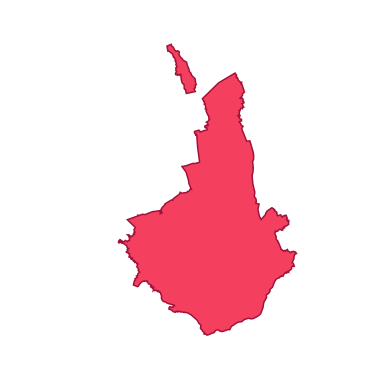 Karanganyar, Jawa Tengah, Indonesia (Mercator projection), rotated 62°
{"feature_id": "22746128B38192287274107", "entity_name": "Karanganyar", "entity_type": "district", "adm_level": 2, "iso_a3": "IDN", "parent_name": "Indonesia", "parent_adm1": "Jawa Tengah", "projection": "mercator", "projection_center": [110.98, -7.62], "detail": "fine", "context": "isolated", "style": "filled", "palette": "rose", "viewbox_px": 384, "rotation_deg": 62, "n_neighbors": 0, "source": "geoboundaries", "source_scale": "gbopen_adm2", "svg_char_len": 6068}
<svg xmlns="http://www.w3.org/2000/svg" viewBox="0 0 384 384"><g transform="rotate(62 192 192)"><path d="M108.1,117.2L114.5,139.0L117.8,139.1L118.0,138.5L120.2,139.9L120.3,139.1L124.2,140.4L124.8,141.3L126.1,140.4L127.1,141.6L131.9,141.9L132.6,141.5L135.9,143.0L136.2,142.6L136.9,143.8L137.1,146.5L137.8,146.0L140.7,146.3L140.5,147.4L139.8,147.5L139.8,149.7L141.1,150.2L141.4,149.4L142.2,149.5L142.3,148.8L143.9,149.2L144.3,149.8L143.3,152.8L143.3,155.3L142.6,156.6L141.4,156.4L140.5,157.3L139.7,161.4L140.1,161.7L141.1,162.0L141.7,161.5L142.0,161.9L142.5,161.3L143.6,162.0L144.0,161.1L154.8,165.9L169.3,171.3L168.4,175.4L167.1,178.0L166.1,184.5L165.1,188.3L164.9,188.8L164.0,189.0L171.7,187.9L179.6,189.5L183.3,190.8L189.3,191.3L188.5,192.0L189.9,194.3L190.0,195.0L189.4,195.6L189.9,196.5L189.7,197.7L188.1,201.8L186.7,202.5L188.1,204.5L189.1,211.6L190.2,212.8L189.5,213.2L189.4,215.0L189.8,221.4L190.4,221.6L191.6,225.4L193.0,227.7L196.0,228.1L196.6,228.8L196.3,229.3L197.1,229.7L195.9,229.6L195.9,228.8L195.4,229.1L195.6,229.8L194.4,228.9L194.0,229.6L193.7,229.6L193.4,229.1L190.8,236.2L189.9,244.0L188.4,246.2L186.1,262.1L196.6,258.7L197.0,258.8L197.9,260.9L199.6,261.0L200.0,261.8L200.8,261.4L201.2,263.0L202.2,262.7L202.2,264.3L203.1,265.0L202.9,266.4L202.2,266.6L202.6,267.2L200.1,267.9L199.6,269.0L200.5,268.6L204.0,268.9L204.1,269.5L205.4,269.9L205.0,272.2L205.4,272.6L203.6,273.4L203.8,276.1L200.2,277.9L200.8,279.6L201.9,280.6L202.2,280.5L201.6,280.2L202.0,279.8L201.6,279.2L202.2,278.5L202.8,279.2L203.2,278.1L204.5,277.9L204.6,277.0L208.7,274.9L210.5,275.3L212.2,274.6L212.2,276.1L213.6,276.1L213.9,278.1L214.7,278.1L214.9,277.5L215.9,277.1L215.9,276.6L216.9,276.8L217.6,276.2L218.6,277.2L219.4,277.0L219.5,278.0L219.9,278.2L220.6,277.1L222.0,277.3L221.8,276.5L222.5,276.7L222.6,275.9L223.4,276.8L225.3,275.3L225.7,276.0L226.2,275.3L227.0,275.6L226.9,274.9L227.7,275.0L229.1,273.8L229.5,274.4L230.2,273.6L232.0,275.8L234.5,275.5L236.0,275.8L236.2,276.4L238.2,275.8L238.6,277.9L240.1,279.3L240.1,280.6L241.8,280.6L241.8,283.1L243.1,283.2L243.4,284.6L246.6,287.4L250.0,284.5L250.0,283.5L248.5,281.2L247.8,278.2L248.0,276.1L248.5,276.0L249.3,273.5L250.2,273.9L250.4,273.4L252.6,273.6L254.6,271.9L255.6,272.6L255.4,271.7L256.1,271.6L256.7,272.3L257.2,271.1L257.7,271.8L258.3,271.3L258.1,272.2L259.9,271.6L260.8,272.4L260.6,271.5L261.4,271.5L262.2,269.2L263.1,269.4L263.5,268.3L264.1,268.7L264.5,267.7L265.1,267.9L265.7,267.0L267.6,267.6L269.1,267.5L271.4,268.9L274.2,269.1L275.9,268.1L276.7,266.9L278.8,265.9L283.7,260.7L284.2,260.9L284.0,262.2L284.8,263.2L282.8,265.5L283.6,266.8L284.8,267.3L285.4,266.2L289.0,264.6L290.0,263.6L290.5,262.9L289.9,262.1L290.1,261.3L291.3,260.9L291.2,259.3L292.8,258.3L292.9,257.4L294.5,255.7L294.5,254.9L295.3,254.6L296.2,252.9L300.0,250.5L307.6,247.6L311.6,247.5L313.7,246.6L316.6,248.6L318.6,247.9L320.0,248.0L322.0,247.0L322.8,248.1L323.6,247.4L323.9,246.4L325.3,246.1L325.8,244.5L326.2,239.5L326.6,238.9L325.4,236.1L325.4,234.9L326.0,233.6L328.2,232.5L329.5,230.7L330.4,224.9L331.3,223.3L329.2,220.5L328.6,214.3L328.7,212.0L329.8,209.1L329.2,205.4L330.0,201.4L331.8,199.3L332.5,197.4L332.6,192.5L331.8,188.6L327.5,183.7L323.1,180.3L320.2,175.7L317.8,174.8L317.5,172.2L316.6,170.2L316.1,169.6L314.6,169.0L313.9,165.8L310.0,161.2L308.6,158.8L308.4,156.6L308.8,155.5L308.0,154.0L308.4,153.9L308.5,152.7L308.1,152.0L309.1,151.2L308.2,150.2L306.9,147.3L307.8,147.0L308.0,146.2L307.2,145.6L307.8,144.9L307.2,145.1L307.1,144.3L307.5,144.0L307.0,141.7L306.5,140.2L305.4,139.5L304.6,138.2L304.7,137.0L305.4,137.2L305.7,136.6L304.0,136.2L301.6,136.3L301.5,136.6L300.9,136.1L298.7,133.2L297.6,132.8L295.2,130.4L295.4,128.7L294.2,129.0L293.9,128.7L292.2,130.0L291.5,132.2L291.8,133.4L289.6,134.5L289.2,135.1L287.6,134.7L287.6,136.4L288.2,137.3L287.2,137.5L286.9,139.2L285.7,139.4L284.5,140.4L284.1,140.0L276.9,139.3L276.1,139.6L275.8,139.2L272.9,139.9L271.3,138.7L267.2,138.3L266.6,136.9L265.7,136.7L266.8,134.9L266.0,132.1L266.5,131.4L267.6,131.1L267.4,130.2L268.1,129.9L267.5,129.5L267.4,128.9L266.5,128.8L267.1,127.0L265.8,126.9L266.3,124.5L265.9,121.7L264.1,121.1L263.4,120.2L262.8,120.8L262.3,120.2L261.9,121.5L260.3,121.0L260.3,120.4L257.1,119.8L256.5,120.1L256.7,120.6L256.1,121.5L256.4,122.1L255.9,123.1L256.5,123.8L255.8,124.5L253.8,124.4L253.4,126.5L253.0,126.9L253.1,127.6L251.1,127.5L250.3,126.7L248.9,126.9L248.0,127.3L248.0,127.8L246.3,127.9L246.2,127.4L243.4,128.8L244.0,134.3L245.2,136.7L246.6,138.0L248.7,144.0L245.0,143.8L238.5,142.1L234.1,138.4L232.3,140.8L231.0,140.5L231.0,139.9L230.3,139.5L227.9,138.7L225.4,139.2L221.6,136.6L213.5,134.5L205.9,131.3L202.8,128.7L199.3,126.5L193.6,124.2L192.1,122.3L188.5,120.3L185.1,119.2L174.1,116.9L172.7,119.9L159.4,118.4L157.9,116.1L156.0,117.3L154.6,116.8L152.3,117.5L152.0,116.9L152.5,114.9L151.1,114.2L150.3,115.1L148.4,115.4L147.6,114.2L147.1,115.5L146.0,115.6L146.1,113.7L144.6,113.4L143.1,112.0L142.3,112.2L142.4,110.9L141.2,110.1L141.1,109.3L142.1,108.4L141.2,107.5L141.3,106.4L140.1,106.9L139.2,106.3L137.5,106.5L137.7,104.4L136.5,103.8L135.2,104.6L134.7,103.6L134.0,103.3L132.1,103.9L132.3,105.3L131.9,105.6L130.5,102.1L129.1,101.4L128.4,98.8L120.6,97.4L119.4,98.0L119.2,97.1L118.4,96.6L117.9,97.6L115.2,98.6L112.3,98.2L111.8,99.0L111.1,98.5L110.3,98.8L109.8,97.8L108.2,98.0L107.8,98.7L107.2,98.4L108.1,117.2ZM51.4,145.6L56.3,147.2L56.9,146.2L61.3,144.4L64.4,145.1L64.7,144.5L67.9,144.5L68.3,144.6L68.2,145.2L71.2,145.5L71.9,146.4L74.6,146.5L74.7,147.9L77.3,149.2L78.4,149.1L79.4,150.8L80.6,151.3L81.1,149.8L81.9,150.2L82.3,149.7L82.6,147.5L83.5,147.7L83.6,147.4L82.8,147.1L82.9,146.6L87.9,148.8L91.2,149.5L93.7,148.7L97.0,150.3L98.0,150.2L98.4,149.6L102.3,150.8L104.9,141.9L101.9,141.8L101.5,140.1L99.4,139.1L99.3,137.8L97.5,137.6L93.4,136.1L89.0,137.5L86.5,137.2L83.8,137.8L82.2,137.0L77.4,136.6L74.8,135.8L71.0,138.2L69.9,138.0L67.3,138.9L64.3,138.9L62.3,137.4L60.6,138.3L60.4,139.8L58.4,140.7L55.6,140.5L53.6,141.4L51.9,141.0L51.4,145.6ZM187.6,250.6L186.9,250.6L186.2,250.6L186.3,250.6L187.6,250.6Z" fill="#f43f5e" stroke="#9f1239" stroke-width="1.5"/></g></svg>